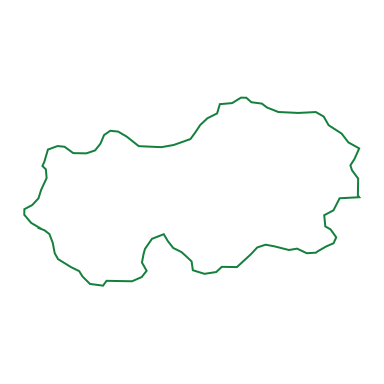 Tingsryd, Kronoberg, Sweden (Natural Earth projection), rotated 181°
{"feature_id": "70781695B44136897167596", "entity_name": "Tingsryd", "entity_type": "district", "adm_level": 2, "iso_a3": "SWE", "parent_name": "Sweden", "parent_adm1": "Kronoberg", "projection": "natural_earth1", "projection_center": [15.01, 56.562], "detail": "fine", "context": "isolated", "style": "outline", "palette": "green", "viewbox_px": 384, "rotation_deg": 181, "n_neighbors": 0, "source": "geoboundaries", "source_scale": "gbopen_adm2", "svg_char_len": 1395}
<svg xmlns="http://www.w3.org/2000/svg" viewBox="0 0 384 384"><g transform="rotate(181 192 192)"><path d="M68.7,273.6L69.6,274.1L87.1,272.9L107.1,273.5L118.5,277.8L123.7,281.6L134.2,282.8L139.4,287.2L144.7,287.2L153.4,281.6L165.7,280.3L165.7,280.2L168.3,271.0L177.9,266.0L184.9,259.2L190.1,251.1L194.5,244.9L211.1,238.7L223.3,236.3L246.0,236.9L258.2,246.2L266.9,251.1L274.8,251.8L280.9,247.4L284.4,238.7L289.6,231.9L298.3,228.8L311.4,228.8L320.2,235.0L327.2,235.6L336.8,231.9L338.5,225.7L340.2,219.5L342.0,215.4L338.5,212.1L337.6,203.4L342.8,191.7L345.4,183.0L351.5,176.2L359.3,171.9L359.3,166.3L352.3,158.3L343.6,153.4L344.1,153.1L338.9,151.2L333.8,147.4L330.3,138.6L328.2,128.4L324.8,122.6L311.7,114.8L303.4,110.9L300.0,105.6L292.4,98.3L279.3,96.8L275.9,101.7L262.1,101.7L256.3,101.7L250.4,101.7L240.8,106.1L236.0,112.4L240.8,120.6L239.4,128.9L238.0,134.3L231.2,144.5L219.5,149.3L215.3,142.5L209.8,135.7L201.5,131.8L196.0,127.0L191.2,122.6L189.8,113.8L178.1,110.4L166.4,112.4L160.9,117.7L145.8,117.7L132.0,130.8L125.8,137.7L117.5,140.6L108.6,139.1L94.1,135.7L85.9,137.2L76.2,132.8L67.0,133.5L65.4,134.8L56.9,139.9L49.6,143.2L47.0,149.2L52.9,157.1L58.1,159.9L59.4,171.1L50.2,176.2L44.3,188.3L24.7,189.7L26.1,191.5L26.1,208.3L32.4,216.5L34.1,221.4L30.1,227.9L25.6,238.5L29.5,240.6L36.5,244.3L43.4,253.0L56.5,261.1L61.7,269.8L68.7,273.6Z" fill="none" stroke="#15803d" stroke-width="2"/></g></svg>